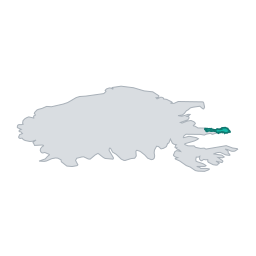 location of Snæfellsbær, Vesturland, Iceland, rotated 183°
{"feature_id": "244011B30460955116065", "entity_name": "Snæfellsbær", "entity_type": "district", "adm_level": 2, "iso_a3": "ISL", "parent_name": "Iceland", "parent_adm1": "Vesturland", "projection": "robinson", "projection_center": [-23.52, 64.838], "detail": "fine", "context": "in_parent", "style": "filled", "palette": "teal", "viewbox_px": 256, "rotation_deg": 183, "n_neighbors": 0, "source": "geoboundaries", "source_scale": "gbopen_adm2", "svg_char_len": 6478}
<svg xmlns="http://www.w3.org/2000/svg" viewBox="0 0 256 256"><g transform="rotate(183 128 128)"><path d="M196.5,94.2L198.8,94.3L202.5,93.4L207.7,90.8L209.9,90.3L215.1,90.3L209.0,92.8L206.8,95.5L205.2,96.9L205.2,97.5L209.8,99.2L211.9,98.6L212.9,98.8L213.8,99.6L214.5,101.2L214.2,102.8L213.1,104.5L211.4,105.8L211.7,106.3L213.1,106.5L220.4,105.7L221.4,107.7L222.1,108.3L221.9,109.0L219.2,111.2L222.5,109.8L225.2,109.4L229.9,110.1L231.9,110.9L233.2,112.3L235.4,111.9L236.6,112.6L236.7,113.5L235.8,115.8L233.1,116.9L234.9,118.6L236.3,118.6L236.6,119.0L236.5,120.0L234.5,121.1L238.1,122.4L238.6,122.9L238.5,124.3L238.0,125.2L237.0,125.7L234.4,125.8L232.9,126.3L233.5,127.3L233.2,129.9L231.3,132.0L229.5,133.1L227.7,133.9L222.6,133.0L222.9,134.9L221.2,136.0L221.6,137.0L222.3,137.4L222.0,138.7L219.9,141.2L218.3,142.0L215.0,143.0L210.4,145.3L205.6,145.2L194.0,148.5L189.5,150.3L181.4,155.6L178.0,156.9L172.0,157.6L154.0,161.1L152.0,163.2L152.0,163.6L152.8,164.4L151.5,165.9L148.8,167.0L147.5,167.0L145.2,166.1L145.0,166.5L145.9,167.6L137.1,169.4L124.7,168.5L113.8,165.9L105.1,165.4L98.9,161.8L98.8,161.2L99.4,160.1L101.6,159.7L100.5,158.6L96.9,160.5L95.7,160.4L94.1,159.7L94.0,158.9L90.9,158.6L85.6,156.3L85.2,155.8L86.5,155.1L86.2,154.9L83.3,155.0L79.2,157.1L54.5,158.0L53.7,156.9L52.6,152.8L53.4,151.0L54.5,151.2L57.4,153.5L64.0,152.2L66.7,151.4L69.1,149.1L70.5,148.4L72.5,145.5L74.5,143.8L78.7,143.0L74.9,142.5L68.7,144.8L66.7,144.8L67.6,143.8L69.7,142.6L68.3,142.6L67.7,142.1L67.6,141.0L68.7,139.3L76.0,136.3L74.3,135.7L69.2,138.0L65.5,138.8L62.5,137.7L61.0,136.3L61.1,135.7L62.9,133.9L62.6,133.5L61.4,133.4L58.1,131.7L52.9,131.9L40.2,130.9L30.6,133.2L28.3,132.1L26.4,129.8L26.8,128.9L28.5,128.4L33.1,128.5L40.1,127.4L43.2,126.1L44.4,126.4L45.0,127.0L49.3,126.0L51.5,124.9L55.3,125.4L69.7,124.8L71.5,123.4L72.3,121.6L71.9,121.2L66.7,122.9L65.5,122.8L59.4,122.0L57.1,121.0L57.9,120.2L61.1,118.5L69.3,115.7L70.4,115.2L70.5,114.5L67.2,113.3L61.1,113.6L59.5,112.2L54.4,111.4L50.9,111.9L49.1,111.0L29.0,115.5L22.5,113.5L17.8,113.1L17.4,112.5L20.1,110.5L22.0,110.2L23.8,110.3L27.4,111.7L29.9,112.1L26.8,110.1L26.6,108.2L25.7,107.7L24.7,106.4L25.1,106.0L28.8,106.2L34.7,108.5L37.6,108.1L41.4,106.6L32.9,105.8L30.4,104.1L32.2,103.2L36.6,103.3L31.7,100.2L31.5,99.7L32.3,98.4L38.4,99.5L35.2,97.7L35.1,97.3L36.0,97.0L36.5,95.9L38.0,95.5L41.1,95.8L45.8,97.9L46.5,98.5L46.7,100.6L48.6,100.3L50.8,100.6L52.7,99.1L53.9,99.5L55.0,100.8L54.8,103.6L56.1,102.6L58.3,102.5L58.7,100.2L58.2,98.3L51.0,96.2L48.1,94.6L48.4,94.1L49.9,93.6L57.4,93.2L54.2,92.3L53.3,91.4L47.6,91.7L44.7,91.4L44.7,90.9L45.8,90.2L49.3,88.7L55.9,88.6L58.5,89.0L63.7,92.2L67.8,93.5L74.7,97.8L79.1,99.5L79.3,99.9L78.6,100.4L76.9,101.0L79.5,101.7L81.1,102.9L81.2,103.4L79.9,106.9L78.2,108.0L74.2,107.3L75.2,108.4L78.1,109.6L78.7,110.3L78.3,110.9L79.7,110.7L80.1,111.1L79.5,113.1L78.8,113.8L81.3,114.2L82.9,115.2L85.1,119.2L86.1,116.1L86.6,115.0L87.6,114.6L88.7,111.4L91.4,109.6L93.9,108.9L96.6,111.1L98.5,111.3L100.4,107.4L100.6,104.6L99.9,101.5L100.2,99.3L101.4,98.0L103.1,97.6L106.8,98.9L109.9,102.0L114.6,105.3L117.8,106.2L118.4,106.1L118.9,105.0L118.3,100.5L119.7,98.2L123.4,97.6L129.0,95.5L130.3,95.4L133.2,96.6L138.4,101.1L142.1,103.1L144.1,106.4L145.0,107.1L145.7,106.0L145.7,104.6L141.1,97.7L141.0,96.8L141.4,96.1L149.2,96.4L151.0,97.2L156.6,101.1L159.2,99.5L164.2,94.9L166.1,95.0L170.7,96.9L172.5,96.7L177.6,95.1L178.7,92.9L176.1,88.6L177.0,87.7L181.8,86.6L187.1,86.8L192.8,90.8L193.2,92.7L196.5,94.2Z" fill="#d9dde1" stroke="#a8b0b8" stroke-width="1"/><path d="M37.4,127.5L37.0,127.7L36.9,127.8L36.9,128.0L36.7,128.2L36.5,128.3L36.4,128.4L36.2,128.3L36.3,128.4L36.2,128.4L36.2,128.5L35.7,128.5L35.5,128.4L35.1,128.4L35.1,128.5L34.8,128.8L34.7,129.0L34.4,129.1L34.1,129.1L33.9,129.0L33.2,129.1L32.9,129.0L33.0,128.9L33.0,129.0L32.9,129.0L32.9,128.9L32.9,129.0L32.9,128.9L33.0,128.9L32.8,128.9L32.7,128.9L31.7,128.7L31.3,128.6L30.9,128.4L30.9,128.2L30.8,128.3L30.7,128.3L30.8,128.2L30.7,128.2L30.8,128.2L31.0,128.2L30.6,128.1L30.1,128.1L29.9,128.2L29.6,128.2L29.5,128.3L29.4,128.3L29.1,128.4L28.9,128.5L28.8,128.4L28.7,128.3L28.4,128.5L28.2,128.6L28.2,128.8L27.9,128.8L27.7,129.0L27.4,129.1L27.3,129.3L27.2,129.3L26.8,129.3L26.7,129.3L26.3,129.4L26.2,129.3L26.1,129.2L26.0,129.3L25.9,129.3L25.9,129.5L26.0,129.5L26.1,129.8L26.1,130.1L26.3,130.2L26.4,130.4L26.6,130.6L26.7,130.8L26.9,130.9L27.0,130.9L27.1,131.1L27.3,131.1L27.5,131.2L27.5,131.3L27.6,131.5L27.8,131.7L27.8,131.8L28.0,132.0L28.3,132.2L28.2,132.3L28.3,132.4L28.3,132.5L28.5,132.6L28.5,132.8L28.9,132.9L29.0,132.9L29.2,133.0L29.3,133.0L29.5,133.0L29.9,133.2L30.1,133.2L30.4,133.3L30.6,133.3L30.7,133.5L30.8,133.5L31.1,133.5L31.1,133.4L31.3,133.4L31.5,133.3L31.9,133.3L32.1,133.3L32.3,133.3L32.3,133.2L32.5,133.2L33.0,133.1L33.3,133.1L33.5,133.1L33.8,133.2L34.1,133.2L34.3,133.1L34.2,133.1L34.3,133.0L34.2,133.0L34.1,132.9L34.3,132.8L34.3,132.7L34.3,132.8L34.3,132.7L34.5,132.6L34.7,132.4L34.5,132.2L34.6,131.9L34.9,131.8L35.0,131.8L34.9,131.7L35.0,131.7L35.5,131.5L36.0,131.4L36.5,131.4L37.0,131.4L37.3,131.5L37.9,131.6L38.0,131.7L38.3,131.8L38.5,131.8L38.7,131.7L39.0,131.6L39.3,131.6L39.4,131.4L39.4,131.2L39.5,131.0L39.5,130.9L39.8,130.8L40.4,130.8L40.5,130.8L40.8,130.8L41.1,130.8L41.4,130.8L41.9,130.8L43.0,131.0L43.8,131.2L44.0,131.2L44.3,131.3L44.7,131.4L44.8,131.4L45.0,131.4L45.0,131.5L45.2,131.4L45.3,131.5L45.4,131.4L45.4,131.5L45.5,131.5L45.9,131.5L46.2,131.5L46.5,131.6L46.8,131.6L47.0,131.5L47.2,131.4L47.4,131.4L47.9,131.4L48.0,131.4L48.4,131.6L48.5,131.6L48.8,131.6L49.0,131.6L49.5,131.6L49.8,131.6L50.2,131.5L50.6,131.6L50.8,131.6L51.6,131.7L51.4,131.6L51.1,131.5L51.1,131.2L51.3,131.0L51.3,130.9L50.7,130.9L50.7,130.6L50.4,130.5L50.1,130.6L49.5,130.6L49.4,130.5L49.3,130.3L49.8,129.8L49.9,129.7L49.8,129.3L49.7,129.2L49.8,129.2L49.7,129.1L49.7,128.9L49.7,128.7L49.3,128.6L49.1,128.6L48.9,128.6L48.7,128.6L48.1,128.8L48.0,129.0L47.9,129.3L47.7,129.3L47.0,129.3L46.8,129.4L46.6,129.4L46.3,129.3L46.1,129.4L45.8,129.4L45.7,129.4L45.4,129.3L45.2,129.1L44.9,129.1L44.5,129.4L44.3,129.5L44.2,129.4L44.0,129.1L43.9,129.1L43.7,129.2L43.6,129.3L43.0,129.5L42.8,129.5L42.7,129.5L42.4,129.4L42.3,129.5L42.1,129.4L41.9,129.3L41.7,129.3L41.6,129.2L41.1,129.2L40.9,129.2L40.7,129.3L40.4,129.2L40.5,129.2L40.4,129.1L40.2,129.1L39.9,129.0L39.7,128.9L39.3,128.7L39.2,128.6L39.2,128.3L38.9,128.3L38.7,128.1L38.8,128.1L38.7,128.1L38.3,128.0L38.1,128.0L38.0,127.9L37.6,127.8L37.5,127.7L37.4,127.5Z" fill="#14b8a6" stroke="#0f766e" stroke-width="1.5"/></g></svg>